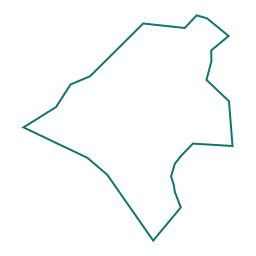 outline of Beltinci
{"feature_id": "SVN-1039", "entity_name": "Beltinci", "entity_type": "Municipality", "adm_level": 1, "iso_a3": "SVN", "parent_name": "Slovenia", "parent_adm1": "", "projection": "mercator", "projection_center": [16.25, 46.606], "detail": "fine", "context": "isolated", "style": "outline", "palette": "teal", "viewbox_px": 256, "rotation_deg": 0, "n_neighbors": 0, "source": "natural_earth", "source_scale": "10m", "svg_char_len": 411}
<svg xmlns="http://www.w3.org/2000/svg" viewBox="0 0 256 256"><path d="M23.5,127.4L56.1,107.0L70.6,84.4L90.0,76.3L143.2,23.5L184.7,28.0L196.6,15.4L207.0,18.3L228.6,36.0L211.2,50.4L211.4,61.3L206.5,79.9L229.0,101.3L232.5,146.0L192.9,143.6L181.3,155.6L174.8,163.8L171.1,176.4L173.8,185.1L174.8,191.8L180.8,207.4L153.2,240.6L107.2,174.7L87.3,157.8L23.5,127.4Z" fill="none" stroke="#0f766e" stroke-width="2"/></svg>